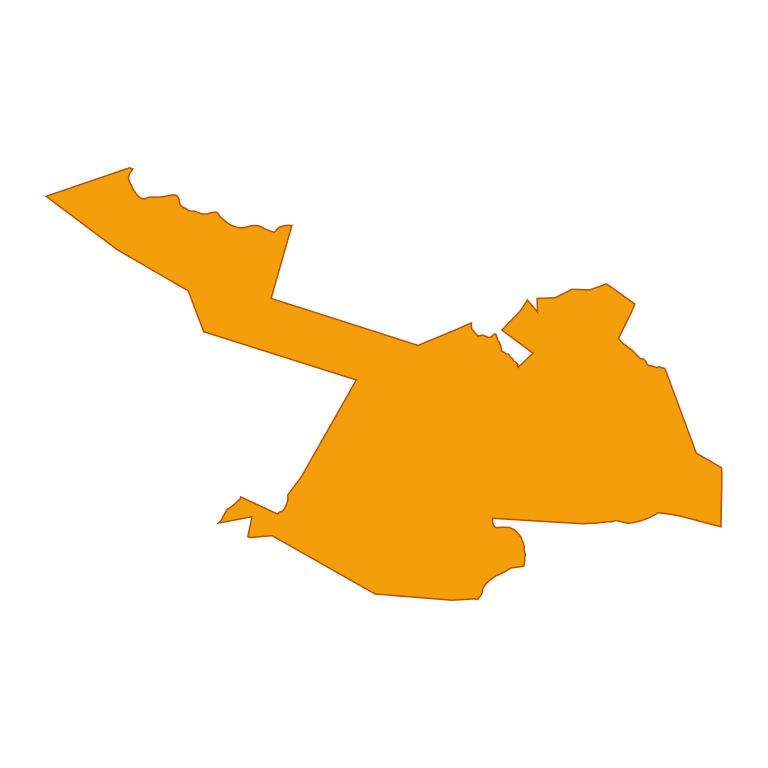 the district of San Agustín Amatengo, Oaxaca, Mexico
{"feature_id": "50627088B33548030742406", "entity_name": "San Agustín Amatengo", "entity_type": "district", "adm_level": 2, "iso_a3": "MEX", "parent_name": "Mexico", "parent_adm1": "Oaxaca", "projection": "orthographic", "projection_center": [-96.811, 16.52], "detail": "fine", "context": "isolated", "style": "filled", "palette": "amber", "viewbox_px": 768, "rotation_deg": 0, "n_neighbors": 0, "source": "geoboundaries", "source_scale": "gbopen_adm2", "svg_char_len": 3743}
<svg xmlns="http://www.w3.org/2000/svg" viewBox="0 0 768 768"><path d="M606.6,283.9L589.7,289.9L572.1,289.3L554.9,297.8L537.1,298.4L537.4,311.9L527.4,300.0L520.6,310.6L501.9,330.1L533.0,353.1L518.2,367.4L517.0,365.2L517.8,364.6L517.3,363.9L515.7,362.2L513.6,360.9L512.8,358.9L510.9,357.5L509.8,356.2L508.4,354.1L506.4,354.1L505.6,353.8L504.5,352.4L503.7,352.0L502.2,351.6L501.3,350.3L501.3,348.9L500.7,346.4L499.8,343.2L499.0,341.9L497.8,340.1L497.0,337.7L496.5,335.8L495.9,334.3L495.1,334.0L494.4,334.1L493.4,334.6L492.5,335.5L492.1,336.6L491.0,337.0L489.5,337.3L487.8,337.5L486.9,336.6L484.8,336.0L483.6,335.4L481.2,335.1L480.7,335.9L478.9,335.7L477.7,336.2L477.0,335.1L476.0,333.9L474.1,331.7L473.3,330.8L472.1,329.5L471.6,328.0L471.3,325.7L471.5,323.0L470.5,323.3L455.4,329.9L418.0,345.4L271.1,298.4L291.9,225.4L291.1,225.5L288.5,225.3L285.4,225.5L282.6,226.2L279.4,227.1L277.8,228.3L276.4,229.8L275.6,231.1L274.3,232.2L272.9,231.9L271.5,231.4L270.3,231.0L268.4,230.2L267.0,229.7L264.7,228.9L262.6,227.7L260.9,226.6L258.6,225.8L256.3,225.5L253.9,225.5L251.3,225.8L248.0,226.6L245.6,227.3L242.7,227.8L239.8,227.7L237.3,227.3L234.8,226.6L232.2,225.6L229.1,224.0L226.7,222.4L224.5,220.5L222.5,218.7L219.5,216.1L218.7,214.3L217.0,212.4L214.8,212.1L211.7,212.7L209.0,213.3L206.7,214.0L204.0,214.1L201.1,213.6L199.3,213.0L197.2,212.4L194.4,211.1L190.6,211.1L188.6,210.6L186.5,208.9L183.2,207.4L180.9,205.7L179.7,203.6L178.9,198.8L177.6,196.5L176.4,195.4L173.9,194.9L171.2,195.0L167.6,196.0L163.5,196.6L159.9,197.1L155.7,197.2L153.0,197.0L150.0,197.0L146.6,198.1L144.2,199.0L142.4,198.5L140.3,197.8L138.7,196.6L136.8,194.6L135.2,192.4L133.3,189.5L131.8,186.3L129.5,181.8L128.6,178.7L128.7,175.9L129.7,173.4L130.8,171.8L132.8,169.0L129.5,167.8L46.1,196.3L117.1,249.6L188.3,290.9L203.7,331.7L354.8,379.5L356.4,379.8L347.3,395.9L311.8,458.4L301.4,476.8L298.1,481.2L287.7,495.0L287.8,497.6L287.9,500.0L287.2,502.6L285.7,506.3L284.0,509.4L282.0,511.5L280.0,511.7L277.7,514.1L240.7,496.9L240.2,498.8L237.5,501.3L233.5,505.2L226.7,509.8L221.0,520.7L218.5,523.1L252.0,516.7L247.8,536.6L249.7,537.6L272.1,535.7L375.2,594.0L451.8,600.2L460.8,599.7L472.7,599.0L474.9,598.9L477.4,599.6L479.6,597.1L482.3,592.7L482.6,588.8L485.3,584.6L490.3,579.7L494.5,576.9L496.5,575.6L503.9,572.4L510.7,568.0L515.9,567.3L522.7,566.4L524.0,565.7L524.5,563.3L524.8,559.7L524.8,557.6L525.3,554.1L524.0,550.3L524.2,546.4L523.2,542.7L521.9,540.3L521.5,537.8L519.3,535.0L517.2,532.4L514.3,529.7L509.3,527.5L505.2,527.2L500.7,527.3L497.3,527.7L494.7,526.9L493.6,525.2L492.6,522.5L492.7,520.1L492.6,518.3L497.1,518.6L510.5,519.4L511.9,519.5L514.0,519.6L515.7,519.7L533.5,520.8L541.4,521.3L541.9,521.3L551.8,521.9L565.3,522.7L576.3,523.3L582.6,523.7L584.0,523.8L589.3,523.2L592.8,523.2L595.5,523.3L597.8,522.9L601.0,522.5L604.1,522.4L604.9,522.2L606.9,521.7L608.0,521.8L608.9,521.8L611.5,521.9L614.1,521.0L616.5,520.6L624.4,522.5L627.4,523.2L630.3,523.0L632.5,522.8L639.8,521.1L640.3,521.0L640.8,520.9L648.9,517.8L654.5,514.9L658.6,512.8L662.0,513.2L670.8,514.3L671.5,514.4L679.0,515.9L681.6,516.4L685.2,517.4L692.8,519.3L695.6,520.1L704.9,522.7L705.9,522.9L720.9,526.8L721.0,522.3L721.2,511.2L721.3,507.0L721.4,502.9L721.6,493.1L721.7,487.4L721.8,481.1L721.9,476.8L721.7,471.3L721.5,467.8L712.3,462.4L705.6,458.5L703.0,457.0L696.3,453.1L695.4,450.8L689.4,434.4L689.0,433.2L687.6,429.7L687.4,429.0L685.0,422.5L678.9,406.2L677.4,402.0L673.4,391.4L667.2,374.5L665.8,370.7L664.6,368.4L661.5,367.5L659.2,366.7L656.9,367.9L653.5,366.5L651.3,365.8L649.0,365.7L646.4,363.5L645.8,361.1L643.7,359.0L640.5,358.6L637.6,356.0L635.1,353.4L632.6,350.7L628.2,347.5L625.2,344.9L623.4,343.7L618.4,338.7L631.3,312.5L634.8,304.0L606.6,283.9Z" fill="#f59e0b" stroke="#b45309" stroke-width="1.5"/></svg>